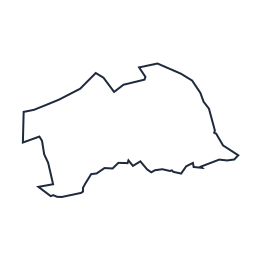 Pembroke Lea-5, Dublin, Ireland (Equal Earth projection), rotated 353°
{"feature_id": "5873133B13038954384182", "entity_name": "Pembroke Lea-5", "entity_type": "district", "adm_level": 2, "iso_a3": "IRL", "parent_name": "Ireland", "parent_adm1": "Dublin", "projection": "equal_earth", "projection_center": [-6.232, 53.323], "detail": "fine", "context": "isolated", "style": "outline", "palette": "slate", "viewbox_px": 256, "rotation_deg": 353, "n_neighbors": 0, "source": "geoboundaries", "source_scale": "gbopen_adm2", "svg_char_len": 885}
<svg xmlns="http://www.w3.org/2000/svg" viewBox="0 0 256 256"><g transform="rotate(353 128 128)"><path d="M79.2,177.5L85.8,169.3L91.3,169.3L99.8,164.9L107.8,166.3L114.2,161.4L123.3,162.8L124.5,160.2L128.3,166.2L136.2,162.6L141.9,171.4L145.7,174.8L149.6,173.2L157.1,173.1L164.5,175.8L166.4,175.4L167.6,177.0L175.2,179.7L181.1,173.1L188.2,170.6L188.4,174.7L196.8,176.6L195.7,175.2L214.7,170.5L222.5,172.3L229.6,172.2L234.1,168.5L220.2,156.9L214.8,144.3L213.0,143.3L213.9,140.9L210.7,118.7L206.2,111.1L204.1,101.9L197.4,88.7L187.2,80.6L165.1,67.6L146.4,69.2L151.5,79.4L150.3,82.0L128.8,84.5L118.6,90.5L109.8,75.1L102.7,69.5L85.3,83.2L62.5,91.6L36.9,98.5L26.4,99.3L21.9,129.6L39.0,125.7L41.1,130.3L41.6,143.9L44.5,152.8L46.8,174.7L31.9,175.5L43.0,186.2L45.7,185.6L49.1,187.6L53.8,188.4L73.5,186.7L75.6,185.6L76.0,181.9L79.2,177.5Z" fill="none" stroke="#1e293b" stroke-width="2"/></g></svg>